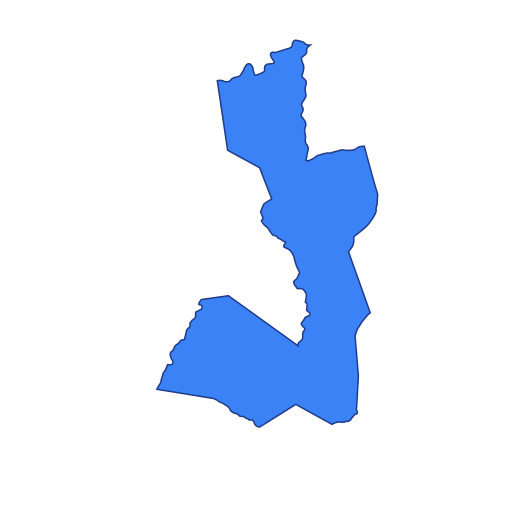 Tambla, Lempira, Honduras, rotated 249°
{"feature_id": "27666195B79169869428311", "entity_name": "Tambla", "entity_type": "district", "adm_level": 2, "iso_a3": "HND", "parent_name": "Honduras", "parent_adm1": "Lempira", "projection": "robinson", "projection_center": [-88.75, 14.234], "detail": "fine", "context": "isolated", "style": "filled", "palette": "blue", "viewbox_px": 512, "rotation_deg": 249, "n_neighbors": 0, "source": "geoboundaries", "source_scale": "gbopen_adm2", "svg_char_len": 6128}
<svg xmlns="http://www.w3.org/2000/svg" viewBox="0 0 512 512"><g transform="rotate(249 256 256)"><path d="M284.1,392.8L319.8,396.4L320.7,392.9L321.0,391.5L320.8,389.8L320.3,387.9L320.0,386.5L320.4,383.6L321.0,381.4L322.3,378.0L323.0,376.6L324.1,374.9L324.7,372.3L324.7,370.2L325.0,368.1L325.4,364.0L325.4,362.2L326.4,360.1L326.8,358.7L326.9,357.6L327.2,355.9L327.4,354.7L327.4,351.6L327.8,350.3L327.5,348.1L326.9,346.2L326.4,343.9L326.2,341.3L326.1,339.4L326.3,338.6L326.8,337.2L327.6,337.3L330.7,339.0L333.4,340.6L336.2,342.6L337.9,343.4L339.0,343.6L341.0,343.5L341.8,343.3L342.9,342.9L343.3,342.8L345.1,343.1L346.7,343.6L348.9,344.7L350.2,345.2L351.7,345.6L353.8,345.8L355.1,346.1L357.7,347.5L360.1,349.3L361.8,349.9L362.8,350.1L364.4,350.0L366.7,349.5L370.0,348.5L370.6,348.4L371.1,348.5L371.6,348.8L372.8,349.7L373.7,350.7L374.5,351.7L376.1,352.6L377.0,352.9L378.5,352.6L379.8,352.6L380.8,352.8L381.5,353.1L382.8,354.3L385.3,357.8L386.9,359.6L387.2,359.9L388.4,360.3L392.6,361.2L395.1,362.0L396.0,362.5L397.2,363.5L398.0,364.1L400.2,365.1L401.3,365.4L401.9,365.3L403.8,364.6L406.0,363.5L406.6,363.3L407.0,363.3L408.4,363.9L410.5,365.6L411.6,366.4L414.1,367.8L415.0,368.2L417.2,368.8L419.1,368.7L420.9,368.7L423.0,368.9L424.1,369.1L424.7,369.6L425.2,370.4L426.1,373.3L426.6,374.6L427.2,375.5L428.0,376.3L430.0,377.0L431.7,378.2L432.2,378.9L432.6,379.5L433.5,382.3L433.8,381.3L434.2,380.3L435.7,378.5L436.6,377.8L437.7,377.5L438.1,377.3L439.1,376.4L440.0,375.3L441.5,373.2L442.7,371.3L443.3,370.0L443.4,369.3L443.3,368.6L443.1,368.1L441.8,366.5L441.0,365.9L439.6,365.3L439.0,364.9L438.4,363.8L438.1,362.5L438.1,361.4L438.5,355.3L438.9,347.7L439.1,346.8L439.8,345.6L440.2,344.7L440.3,343.6L440.1,342.7L439.7,342.2L439.2,341.8L438.6,341.5L437.8,341.5L436.4,341.5L434.9,341.7L431.6,342.5L430.5,342.5L430.1,342.2L429.8,341.7L429.7,340.3L430.0,338.9L430.7,337.0L430.9,335.9L431.0,334.5L430.7,333.4L430.3,332.6L429.6,331.9L425.6,330.2L425.3,330.0L425.2,329.7L424.8,326.4L424.7,321.8L424.8,320.7L425.2,320.0L425.9,319.7L428.0,319.7L430.0,319.9L432.9,320.5L434.6,320.4L436.0,320.0L437.1,319.4L437.8,318.7L438.1,318.2L438.2,317.7L438.3,317.1L438.1,316.4L437.8,315.5L437.4,314.8L436.2,313.2L433.7,310.6L432.5,309.2L430.3,306.1L430.0,305.6L429.9,305.0L429.9,302.8L430.4,299.6L430.3,298.1L430.1,296.8L429.3,295.5L429.0,294.7L428.7,293.5L428.8,292.3L429.2,291.0L429.8,289.8L430.3,289.0L431.7,287.6L432.4,286.6L433.0,285.0L433.6,282.7L364.9,267.4L337.1,291.0L303.7,291.1L303.1,288.4L302.4,284.6L302.0,282.9L301.7,282.1L301.4,281.6L300.1,280.3L295.8,276.2L295.0,276.1L291.9,276.2L288.6,276.1L288.2,275.9L287.9,275.5L287.7,274.5L287.5,274.0L287.1,273.8L286.7,273.7L284.8,274.0L281.8,274.9L280.6,275.5L279.0,276.6L278.2,277.0L276.5,277.4L272.4,278.2L269.6,279.2L268.5,280.3L267.7,281.7L267.4,282.1L266.5,282.5L265.4,282.7L264.6,283.1L264.1,283.6L263.2,284.6L262.3,285.3L260.8,286.3L259.4,287.5L258.7,288.4L258.4,288.6L257.8,288.1L257.0,286.9L256.3,286.1L255.3,285.5L254.4,285.4L253.9,285.6L253.0,286.6L251.1,288.4L249.6,289.5L248.4,290.0L247.1,290.4L244.0,291.0L241.2,291.1L238.3,290.6L231.8,290.2L225.8,290.7L224.7,290.6L224.3,290.3L223.5,289.2L221.7,287.7L220.5,286.2L220.1,285.5L219.1,283.0L218.6,282.1L218.2,281.9L217.3,281.7L216.0,281.6L214.8,281.7L213.8,282.2L212.0,282.5L210.7,282.9L210.4,283.2L210.3,284.3L209.7,285.5L208.9,287.1L208.4,287.8L207.9,288.1L206.7,288.5L204.6,289.1L203.7,289.2L202.1,289.2L200.4,288.6L198.9,287.8L195.3,285.5L195.0,285.5L194.3,286.0L193.4,286.5L192.9,286.5L191.6,286.0L187.0,283.8L183.6,285.8L183.0,285.7L182.1,285.2L181.6,284.8L181.4,284.6L181.2,281.0L181.0,279.9L178.6,276.9L177.5,275.0L176.8,274.1L176.3,273.9L175.7,273.9L173.9,274.4L171.3,275.5L170.6,275.4L169.9,275.1L169.2,274.6L168.6,273.2L168.0,272.6L166.6,271.7L163.5,270.5L162.2,269.8L161.7,269.2L161.0,267.9L160.3,266.3L159.8,264.7L159.6,264.3L159.2,264.0L158.6,263.6L157.8,263.4L156.9,263.2L228.8,216.0L234.9,189.6L234.3,188.3L233.7,187.3L232.4,185.9L231.5,185.3L231.2,185.3L230.9,185.5L230.5,186.4L230.1,186.9L229.6,187.3L229.2,187.5L228.4,187.5L227.6,187.4L226.9,187.0L226.4,186.5L226.0,186.0L225.8,185.5L225.3,179.9L224.7,179.3L223.9,178.9L221.8,178.2L220.9,177.6L220.2,177.0L219.8,176.4L219.4,175.6L219.1,174.1L218.9,173.4L217.5,171.0L217.1,170.4L216.7,170.1L214.8,169.6L213.4,168.6L213.1,168.1L213.0,167.1L212.7,166.5L211.8,164.8L207.0,161.6L205.1,160.2L203.8,159.5L203.7,159.2L204.2,156.3L204.2,155.7L203.7,154.5L202.7,153.1L202.2,152.1L201.4,148.8L201.2,148.5L200.0,147.0L197.7,144.7L197.5,144.2L197.0,142.6L196.2,141.4L195.8,141.0L195.2,140.7L193.5,140.3L190.4,140.1L188.4,140.5L187.6,140.6L186.5,140.4L185.9,140.1L185.5,139.6L185.2,139.0L185.0,138.3L185.0,137.6L185.2,136.6L186.0,135.2L186.2,134.5L186.1,134.4L182.5,131.1L182.0,130.5L180.8,128.5L179.7,127.2L177.7,125.8L174.5,123.3L172.3,121.8L171.4,121.0L169.0,117.8L167.1,115.6L138.4,164.9L137.8,165.6L137.2,166.3L135.3,168.0L133.5,169.1L132.0,170.7L130.1,172.4L128.1,173.9L126.4,175.2L125.0,176.0L123.5,176.5L122.5,176.7L121.1,176.8L120.3,177.0L119.1,177.7L117.4,179.0L116.9,179.6L116.1,180.9L115.2,181.9L114.2,182.6L112.9,183.0L112.3,183.5L111.5,184.8L110.6,186.7L110.1,187.4L109.6,187.8L108.8,188.0L108.4,188.2L107.6,188.9L107.3,189.9L106.3,190.4L105.4,190.8L105.0,191.8L104.6,193.1L104.1,193.7L103.2,194.2L102.1,194.6L101.4,194.6L100.1,194.5L99.1,194.7L98.2,195.0L97.4,195.4L96.7,195.9L96.0,196.5L95.3,197.5L95.0,198.1L103.2,240.0L71.5,266.7L71.9,269.2L71.8,271.9L71.4,273.8L69.8,277.3L69.2,278.8L69.3,279.2L69.5,279.8L69.5,280.2L68.6,282.5L68.7,284.0L69.0,285.3L70.5,287.6L72.4,291.0L72.6,291.5L72.5,292.6L72.6,293.6L72.8,294.1L73.3,294.4L73.9,294.6L75.3,294.8L77.6,294.8L78.0,295.2L78.4,295.6L107.6,308.7L145.7,319.8L148.5,321.8L151.4,324.5L156.4,331.2L157.5,332.9L161.0,339.4L161.5,340.8L162.0,342.3L226.7,343.9L227.3,344.6L228.3,346.3L229.8,348.6L230.4,349.4L231.3,350.3L232.7,351.4L234.5,352.5L235.6,353.0L237.7,353.7L238.6,354.2L238.9,354.4L239.4,355.4L240.4,359.1L243.5,368.4L245.4,372.4L246.0,373.5L249.9,379.1L252.6,382.4L253.6,383.3L254.7,384.1L255.7,384.6L257.6,385.3L261.1,387.7L270.1,391.7L284.1,392.8Z" fill="#3b82f6" stroke="#1e3a8a" stroke-width="1.5"/></g></svg>